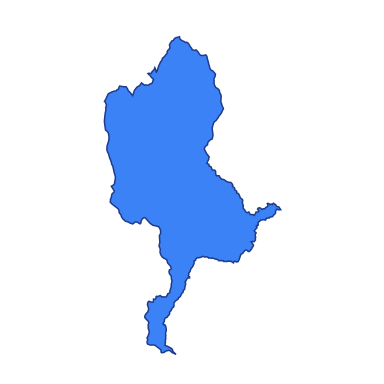 Marulanda, Caldas, Colombia, rotated 346°
{"feature_id": "7082276B71497908860024", "entity_name": "Marulanda", "entity_type": "district", "adm_level": 2, "iso_a3": "COL", "parent_name": "Colombia", "parent_adm1": "Caldas", "projection": "natural_earth1", "projection_center": [-75.264, 5.211], "detail": "fine", "context": "isolated", "style": "filled", "palette": "blue", "viewbox_px": 384, "rotation_deg": 346, "n_neighbors": 0, "source": "geoboundaries", "source_scale": "gbopen_adm2", "svg_char_len": 6065}
<svg xmlns="http://www.w3.org/2000/svg" viewBox="0 0 384 384"><g transform="rotate(346 192 192)"><path d="M137.2,345.7L134.9,342.1L134.9,340.1L134.3,338.9L131.5,336.3L128.8,334.3L129.5,332.0L129.9,331.5L130.1,329.8L131.0,328.2L131.5,325.7L132.0,324.9L131.8,324.0L132.7,321.4L133.3,320.7L133.8,319.3L134.0,316.8L133.9,315.1L133.4,314.1L132.7,314.3L132.5,314.1L132.1,312.6L133.7,311.1L134.5,309.0L135.4,308.0L136.0,307.7L137.7,307.5L138.6,306.5L140.0,305.7L140.9,304.7L141.1,303.2L143.1,301.9L144.7,299.9L146.4,299.1L147.2,297.6L147.3,296.3L147.8,295.1L149.7,293.7L152.9,292.4L153.3,291.2L154.7,291.0L155.9,290.0L157.4,288.0L159.0,287.2L159.9,285.3L161.2,284.7L162.8,281.0L163.5,280.1L163.8,278.7L163.4,278.1L163.6,277.4L164.2,277.2L166.3,274.8L167.1,274.4L168.9,274.8L169.1,273.7L168.2,272.8L168.1,272.4L169.0,271.2L169.2,269.9L170.8,268.8L172.2,266.4L174.2,264.9L175.8,263.1L176.8,261.6L177.4,259.4L178.7,259.3L179.6,257.9L181.3,257.0L182.0,257.4L184.5,257.5L187.1,257.1L188.8,258.3L190.6,258.4L192.4,259.9L192.3,260.1L193.0,260.1L195.0,261.1L196.2,261.0L197.7,262.3L200.6,263.8L201.2,265.0L202.6,265.5L203.8,265.4L204.1,265.9L205.7,266.3L206.1,267.2L207.2,267.3L208.9,267.9L210.0,267.7L211.1,268.3L212.5,268.2L215.1,270.8L215.5,270.1L216.7,269.4L218.1,270.6L219.7,270.8L221.1,269.4L224.3,264.4L226.5,263.7L228.3,262.1L230.0,261.3L231.1,261.7L232.4,263.5L233.6,263.4L235.4,262.2L238.6,259.0L238.8,258.3L237.3,254.5L238.4,254.5L240.3,255.3L242.0,253.9L242.2,252.3L242.9,251.3L242.7,249.2L243.3,248.1L244.3,247.4L244.2,246.8L243.2,245.6L243.0,244.7L246.4,242.4L246.6,241.7L246.1,240.5L246.7,240.2L247.9,240.3L248.3,240.1L248.5,238.2L249.0,237.3L250.2,237.0L251.8,236.0L254.9,236.2L256.3,237.0L257.0,236.8L257.5,235.6L258.0,235.4L260.8,235.9L261.6,235.2L264.2,235.4L265.3,234.4L267.8,232.9L268.8,230.2L270.3,229.2L271.7,230.3L273.8,230.6L272.7,227.6L270.5,226.4L270.1,224.5L268.9,223.5L268.4,222.6L267.9,222.7L266.9,223.7L265.9,222.8L264.8,223.2L263.7,221.8L262.6,221.3L262.2,221.5L262.4,223.0L262.1,224.1L261.3,224.6L259.7,224.9L258.6,225.8L257.0,225.5L255.8,225.9L254.9,224.6L253.6,223.5L252.0,223.8L251.4,224.6L252.2,226.2L252.0,227.1L250.9,227.3L249.3,226.9L248.4,228.2L246.6,229.8L246.4,229.8L245.7,228.6L243.1,228.0L242.3,225.1L240.4,225.4L240.0,225.2L239.5,224.5L239.0,222.7L237.7,220.0L238.0,218.7L238.5,217.7L238.2,215.1L239.1,212.6L239.2,211.6L237.4,209.2L237.2,206.7L236.6,204.6L235.0,203.8L235.6,202.2L235.1,201.3L233.9,200.3L234.3,198.8L234.1,198.0L232.6,196.6L233.3,195.3L232.9,193.8L231.9,192.0L229.9,191.5L228.0,190.1L226.4,188.1L225.3,187.3L224.0,186.9L222.8,185.0L222.4,183.0L221.1,182.4L219.8,182.3L219.5,181.7L219.4,179.8L219.9,178.1L219.8,177.0L219.2,176.2L217.3,175.7L216.9,175.0L216.6,172.2L216.4,171.9L214.9,171.1L215.1,169.3L213.3,167.7L216.1,164.3L216.5,163.1L217.2,162.2L215.5,158.4L214.4,153.7L214.8,152.2L216.1,151.0L218.5,149.9L219.2,148.1L219.6,147.5L222.6,145.6L224.1,145.6L224.5,145.3L226.1,142.1L227.0,134.8L229.7,130.2L230.8,129.2L232.7,128.4L235.7,125.9L236.5,124.9L239.6,122.5L241.5,120.0L242.6,119.0L242.6,117.7L242.1,116.1L242.0,112.7L241.7,111.8L243.5,106.1L243.5,104.1L242.9,102.8L243.1,100.8L242.9,99.4L242.1,98.1L240.3,96.3L239.7,93.9L239.7,91.7L240.3,89.9L240.6,87.6L242.5,85.2L243.3,83.2L241.4,79.5L240.1,78.4L239.3,76.8L239.3,73.2L239.1,71.8L239.3,70.9L239.1,65.7L239.3,64.8L239.0,62.9L238.4,62.3L236.0,62.3L233.4,61.6L232.3,59.4L231.9,57.9L230.5,55.3L230.2,55.1L228.5,55.2L226.5,53.9L226.5,52.6L225.5,50.7L224.8,47.9L223.8,46.0L223.0,45.4L221.6,45.2L220.8,44.1L219.1,42.9L217.8,41.4L217.3,40.4L217.4,38.3L215.9,38.5L214.2,38.3L212.5,38.7L211.8,39.1L210.6,40.4L208.9,40.6L207.1,42.2L205.7,43.8L205.6,46.2L205.2,47.2L202.6,48.9L201.9,49.7L201.7,50.9L201.3,51.4L197.9,54.0L195.5,55.2L194.5,57.2L193.2,57.9L190.0,61.9L187.5,66.0L186.4,67.2L186.2,66.9L186.4,65.1L186.0,62.4L184.9,64.0L182.0,65.9L181.7,66.8L180.9,67.0L178.7,66.3L177.9,66.4L178.5,67.6L179.3,68.4L180.8,71.9L181.9,73.3L180.0,76.2L179.2,76.9L177.2,77.1L175.5,77.8L172.5,76.8L171.8,77.0L169.4,73.9L167.0,76.0L164.0,76.9L160.8,79.4L157.7,84.1L155.9,80.2L154.7,78.4L154.4,76.4L153.5,73.9L151.1,73.3L147.4,71.7L146.6,72.6L146.1,73.7L145.5,74.3L144.1,74.6L142.6,75.6L140.8,75.3L138.2,75.6L135.3,76.2L134.1,76.9L130.9,81.0L129.0,82.9L129.5,83.5L130.1,87.1L128.7,89.1L128.3,91.6L126.9,94.4L124.9,99.7L124.0,102.6L123.4,107.7L123.1,111.1L124.5,112.8L125.1,114.7L124.8,118.8L123.4,122.5L120.7,126.8L119.6,130.2L119.8,133.2L120.3,135.0L120.3,139.6L120.7,140.5L120.9,144.3L120.8,145.5L121.4,147.7L121.2,154.9L121.4,158.5L120.6,161.1L119.4,163.4L119.0,165.2L117.0,166.4L115.1,166.9L116.9,172.3L116.1,173.4L114.2,174.3L113.8,174.8L112.8,176.6L112.3,178.1L111.3,178.9L110.2,182.2L111.6,184.5L115.8,189.8L116.5,191.2L116.7,192.7L116.3,194.4L117.5,196.8L117.6,199.0L118.5,201.5L120.3,204.2L122.7,205.6L124.2,207.0L126.6,208.6L127.3,208.5L129.6,207.3L130.4,207.5L131.8,208.2L133.6,210.2L134.3,210.2L135.0,209.6L135.7,207.6L137.2,206.1L139.1,205.3L139.9,205.4L141.1,207.1L143.5,211.8L145.7,214.6L151.2,217.5L152.2,220.7L151.9,223.3L151.2,225.1L149.8,226.4L148.6,233.1L146.9,236.4L147.4,239.7L146.4,242.7L146.4,244.7L146.9,246.6L147.5,248.0L148.7,249.5L150.6,251.0L151.1,252.0L151.2,255.0L152.8,258.0L153.2,259.0L153.4,261.2L152.6,262.0L151.3,262.1L150.4,263.6L150.3,265.6L151.5,268.7L151.0,271.2L151.0,273.7L149.4,276.9L149.1,278.6L146.7,282.5L146.3,283.9L145.7,284.5L143.7,285.0L142.9,286.3L141.2,287.6L138.2,286.6L137.3,286.6L136.2,284.8L134.2,285.0L133.7,285.3L132.4,284.6L132.0,284.7L131.0,286.8L130.5,287.2L128.7,286.6L128.6,287.3L127.7,289.4L126.5,289.3L123.8,287.6L122.9,288.0L122.2,288.8L121.5,290.6L121.7,294.2L121.4,295.5L120.1,297.6L117.6,299.3L116.4,300.7L115.9,301.8L115.9,302.6L116.3,303.5L118.3,307.0L118.5,308.4L117.4,310.1L116.5,314.0L116.8,315.4L116.5,318.1L114.5,321.1L113.0,322.7L113.3,324.1L113.1,325.2L112.3,326.0L111.9,327.9L112.2,328.9L114.7,330.5L117.5,331.0L119.2,332.0L123.7,337.6L123.3,339.7L123.3,340.2L123.6,340.6L126.0,340.9L128.4,340.0L131.0,340.0L132.4,340.7L133.8,342.9L137.2,345.7Z" fill="#3b82f6" stroke="#1e3a8a" stroke-width="1.5"/></g></svg>